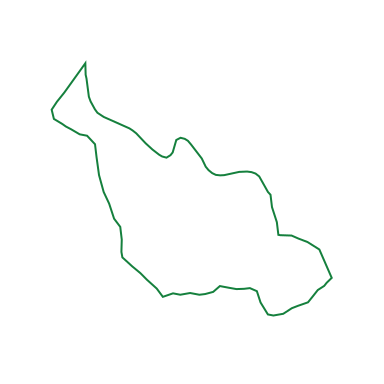 Maengsan, P'yŏngan-namdo, North Korea, rotated 280°
{"feature_id": "82179303B43316794404011", "entity_name": "Maengsan", "entity_type": "district", "adm_level": 2, "iso_a3": "PRK", "parent_name": "North Korea", "parent_adm1": "P'yŏngan-namdo", "projection": "mercator", "projection_center": [126.637, 39.682], "detail": "fine", "context": "isolated", "style": "outline", "palette": "green", "viewbox_px": 384, "rotation_deg": 280, "n_neighbors": 0, "source": "geoboundaries", "source_scale": "gbopen_adm2", "svg_char_len": 1293}
<svg xmlns="http://www.w3.org/2000/svg" viewBox="0 0 384 384"><g transform="rotate(280 192 192)"><path d="M122.0,132.7L120.7,132.9L115.5,134.8L108.4,146.0L103.1,155.3L97.8,162.8L90.8,174.0L83.7,181.5L86.4,186.4L88.9,190.9L88.8,198.3L92.2,207.7L92.1,217.1L93.8,222.7L97.3,230.2L104.2,235.8L104.1,245.1L104.1,252.6L105.7,260.1L107.4,265.7L105.6,273.1L95.1,278.7L84.6,288.0L84.5,293.6L87.9,303.0L94.9,310.5L98.3,316.1L103.5,325.4L110.4,329.2L117.3,332.9L122.5,338.5L126.0,340.4L131.7,344.5L157.5,327.4L162.8,314.4L164.6,305.0L166.4,297.6L164.8,286.4L164.8,284.5L177.0,280.8L191.0,273.4L202.9,269.8L205.2,266.8L219.0,255.5L221.2,251.4L221.9,247.2L221.7,242.7L220.0,235.0L214.2,220.8L213.3,216.9L213.0,212.5L214.1,208.6L216.4,204.5L219.3,201.1L226.7,195.8L238.7,182.7L241.7,179.1L243.1,175.6L243.4,171.3L240.5,167.5L227.6,166.1L224.5,164.4L221.4,160.9L221.8,156.4L223.0,153.2L227.0,145.6L231.9,137.9L240.1,126.9L242.3,122.8L243.8,119.3L250.6,92.0L253.6,85.1L256.6,82.0L263.6,76.4L267.9,73.9L285.4,68.4L289.0,66.9L300.3,64.6L283.4,56.5L267.8,49.0L257.4,43.3L248.7,39.5L240.0,43.3L236.4,52.6L234.6,56.4L232.8,62.0L229.3,71.4L229.2,78.9L222.2,88.2L209.9,91.9L192.5,97.5L176.7,105.0L166.2,112.4L152.2,119.9L145.2,127.4L132.9,131.1L122.0,132.7Z" fill="none" stroke="#15803d" stroke-width="2"/></g></svg>